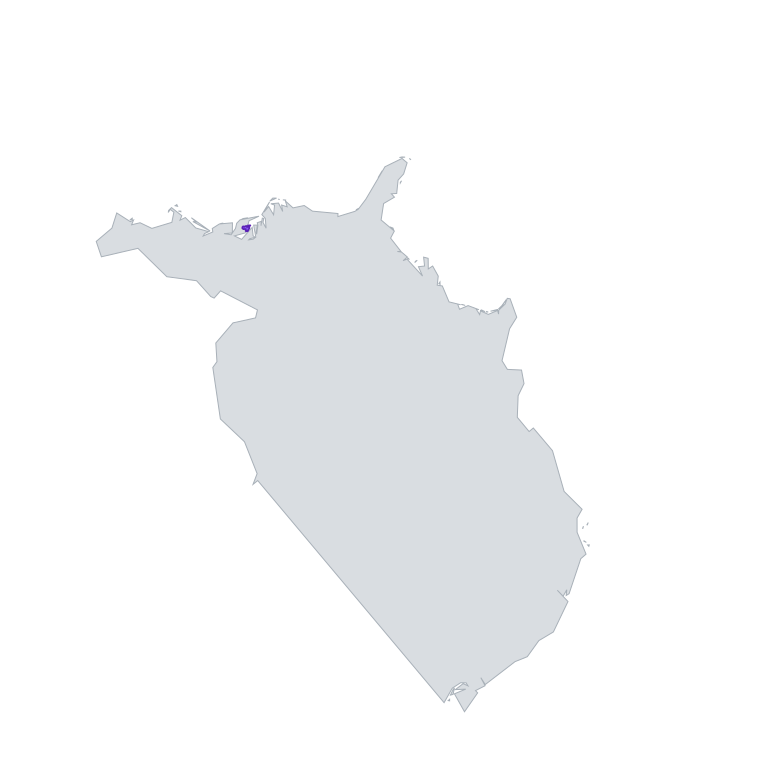 Dorchester, Maryland, United States of America (highlighted), rotated 230°
{"feature_id": "52423323B10442929932087", "entity_name": "Dorchester", "entity_type": "district", "adm_level": 2, "iso_a3": "USA", "parent_name": "United States of America", "parent_adm1": "Maryland", "projection": "mercator", "projection_center": [-76.061, 38.409], "detail": "fine", "context": "in_parent", "style": "filled", "palette": "violet", "viewbox_px": 768, "rotation_deg": 230, "n_neighbors": 0, "source": "geoboundaries", "source_scale": "gbopen_adm2", "svg_char_len": 5325}
<svg xmlns="http://www.w3.org/2000/svg" viewBox="0 0 768 768"><g transform="rotate(230 384 384)"><path d="M605.8,286.6L646.1,282.7L663.1,249.3L678.2,255.2L678.3,275.8L686.8,289.2L671.5,294.0L670.6,297.6L668.2,293.0L664.3,300.8L652.4,306.2L644.2,325.4L650.7,333.5L655.2,332.5L654.1,329.0L655.4,330.6L655.7,334.6L642.9,337.3L640.6,333.0L639.2,338.8L624.5,340.1L613.4,347.6L614.6,343.3L613.6,340.6L610.5,350.6L613.5,352.4L612.4,360.8L604.9,371.5L597.2,364.9L602.0,358.1L596.6,362.8L598.6,370.2L601.8,374.5L602.3,379.2L592.9,396.1L595.8,385.5L588.7,375.4L593.6,364.6L586.3,367.9L588.7,383.7L581.7,379.0L579.3,379.5L581.6,374.5L581.4,373.0L579.0,376.9L578.9,380.2L589.5,386.3L587.1,389.1L582.4,383.6L580.6,382.7L586.5,389.3L589.0,390.6L587.5,394.5L584.3,391.5L589.3,397.4L588.0,398.2L585.6,395.2L579.1,393.8L587.1,399.5L592.3,399.3L597.1,413.5L592.8,402.6L594.1,409.7L584.6,408.2L591.4,415.2L594.8,413.2L590.4,419.5L581.3,417.3L586.9,420.6L582.0,423.7L587.6,426.1L577.4,427.5L572.0,437.6L562.4,440.3L544.2,458.3L541.9,456.3L535.0,472.6L534.4,476.6L537.2,488.8L549.8,524.4L545.2,542.8L538.6,543.9L532.3,534.1L531.1,525.8L521.8,516.2L525.0,511.9L520.4,512.1L522.5,499.7L511.5,487.2L494.5,490.2L491.5,482.8L474.7,482.2L476.9,479.4L473.9,482.2L466.3,483.5L466.2,477.9L464.9,481.9L441.9,482.9L451.7,485.8L448.3,490.9L455.7,495.9L451.9,498.6L443.7,491.9L443.1,497.1L431.8,494.9L425.5,488.3L421.6,491.7L405.1,486.6L395.4,493.7L397.9,491.8L392.7,489.9L390.0,498.8L379.9,504.5L382.3,502.8L375.7,501.9L378.0,504.9L370.3,508.6L367.3,518.3L363.9,516.7L366.8,519.3L367.4,528.2L370.4,533.5L368.2,535.4L349.8,528.6L345.6,515.7L326.0,489.4L315.9,487.9L306.3,498.3L294.3,491.5L288.8,479.2L272.8,464.7L254.3,464.6L254.3,470.1L224.6,470.2L185.9,452.9L160.7,455.2L157.2,445.7L146.3,436.6L123.8,429.4L123.7,422.5L104.4,391.0L104.9,387.6L108.9,391.8L106.3,384.8L114.6,384.2L99.1,385.1L85.2,354.4L87.9,337.7L83.0,318.5L87.1,305.9L88.7,268.4L96.8,269.4L87.9,267.5L90.3,257.0L87.2,257.2L81.2,235.0L101.4,238.8L97.7,250.5L104.0,242.2L103.6,252.0L98.8,254.3L102.3,254.8L105.9,250.7L107.1,240.8L101.3,225.2L391.2,225.2L391.3,219.2L396.9,229.2L429.4,240.0L462.4,236.2L506.7,263.5L508.5,270.4L523.5,281.5L527.9,307.6L517.2,328.1L522.1,334.7L560.4,318.7L559.0,309.1L562.4,307.5L583.6,306.8L605.8,286.6ZM628.9,344.3L635.2,343.3L612.9,349.1L631.3,342.0L628.9,344.3ZM103.0,234.9L105.8,241.2L105.6,242.1L101.8,237.4L103.0,234.9ZM370.1,532.0L367.7,524.2L367.9,519.8L368.2,524.5L370.1,532.0ZM673.0,294.7L672.9,297.7L671.9,297.1L673.0,294.7ZM425.7,490.6L426.2,492.5L424.3,491.0L425.7,490.6ZM132.6,437.2L135.1,436.1L135.3,436.4L132.6,437.2ZM129.8,436.5L128.8,437.8L128.0,436.6L129.8,436.5ZM648.7,337.7L647.0,339.5L646.5,339.1L648.7,337.7ZM369.3,515.7L367.9,519.3L371.3,512.4L369.3,515.7ZM546.1,512.7L548.5,519.7L545.7,512.1L546.1,512.7ZM145.8,443.4L146.9,445.4L145.6,443.6L145.8,443.4ZM546.3,543.8L544.2,546.0L547.6,541.4L546.3,543.8ZM597.9,418.3L595.5,421.2L597.5,414.2L597.9,418.3ZM100.2,229.7L100.3,231.6L99.1,230.6L100.2,229.7ZM378.1,506.3L374.5,507.9L378.2,505.8L378.1,506.3ZM654.8,338.6L654.6,340.6L652.8,340.1L654.8,338.6ZM145.7,449.0L146.6,451.4L145.4,449.2L145.7,449.0ZM373.6,509.2L372.1,510.1L373.4,508.7L373.6,509.2ZM601.3,382.5L598.8,386.6L601.7,380.9L601.3,382.5ZM394.3,495.3L392.0,496.7L395.3,494.3L394.3,495.3ZM535.4,474.5L534.9,477.5L534.7,475.4L535.4,474.5ZM588.5,426.6L587.7,427.2L590.1,424.9L588.5,426.6ZM500.6,489.5L497.7,491.1L496.6,490.7L500.6,489.5ZM465.2,483.0L464.7,483.5L463.0,483.4L465.2,483.0ZM528.0,526.1L528.4,528.1L527.5,525.7L528.0,526.1ZM457.8,487.1L457.4,489.0L457.3,485.6L457.8,487.1ZM539.9,548.6L538.4,548.8L540.5,548.3L539.9,548.6ZM611.8,362.3L610.6,364.3L612.1,361.4L611.8,362.3ZM593.7,421.8L592.6,422.5L592.4,422.5L593.7,421.8Z" fill="#d9dde1" stroke="#a8b0b8" stroke-width="1"/><path d="M592.8,375.9L592.7,376.0L592.4,376.5L592.5,376.7L592.3,377.0L591.9,377.3L592.0,377.3L591.8,377.5L591.7,377.3L591.4,377.1L591.1,377.1L590.9,377.0L590.8,376.9L590.7,377.0L590.5,376.9L590.5,376.7L590.4,376.5L590.2,376.6L590.0,376.8L589.8,376.7L589.7,376.5L589.4,376.7L589.3,376.8L589.4,377.0L589.2,377.1L589.0,377.3L589.3,377.4L589.3,377.5L589.3,377.8L589.6,377.7L589.7,377.8L589.5,378.1L589.3,378.2L589.2,378.2L588.9,378.2L588.7,378.3L588.8,378.6L588.9,378.8L589.1,379.0L589.3,379.4L589.3,379.5L589.4,379.9L589.6,380.1L589.5,380.4L589.5,380.6L589.8,380.6L590.0,380.8L590.1,381.1L590.3,381.2L590.3,381.3L590.5,381.7L590.7,381.8L590.8,381.8L590.9,381.7L591.2,381.5L591.3,381.5L591.5,381.5L591.6,381.9L591.9,382.0L591.9,381.8L591.8,381.7L592.0,381.2L591.9,381.1L591.7,380.8L591.8,380.7L592.1,380.5L592.1,380.2L592.2,379.9L592.5,380.0L592.7,380.3L592.7,380.5L592.4,380.7L592.2,380.7L592.1,380.8L592.4,381.1L592.4,381.4L592.5,381.5L592.5,381.8L592.8,381.7L592.7,381.5L592.7,381.4L592.8,381.3L592.9,380.9L593.0,380.6L593.1,380.4L593.4,380.2L593.7,380.1L593.7,379.8L593.9,379.7L593.9,379.3L594.1,379.1L594.2,378.7L594.1,378.4L594.3,378.4L594.8,378.0L594.8,377.8L594.9,377.7L595.1,377.7L595.4,377.4L595.4,377.1L595.3,376.7L595.3,376.4L594.7,375.7L594.4,375.9L594.3,375.6L594.0,375.5L593.7,375.6L593.4,375.6L593.2,375.7L592.9,375.8L592.8,375.9ZM591.9,382.9L591.9,382.6L592.0,382.6L591.7,382.2L591.3,382.3L591.3,382.9L591.3,383.0L591.2,383.2L591.3,383.4L591.6,383.2L591.7,383.3L591.9,382.9Z" fill="#8b5cf6" stroke="#5b21b6" stroke-width="1.5"/></g></svg>